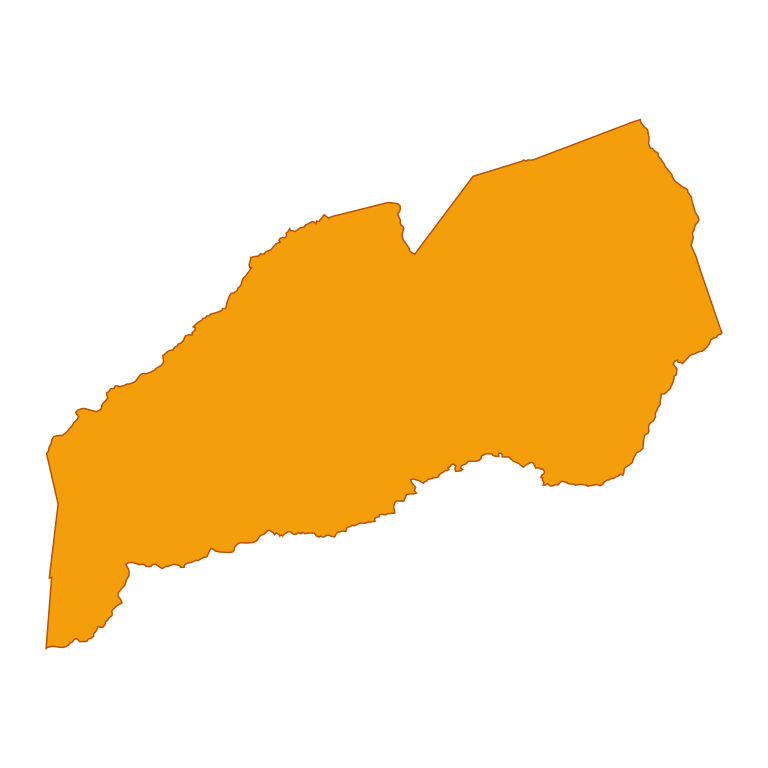 Fernando Falcão, Maranhão, Brazil
{"feature_id": "56859067B71869987611972", "entity_name": "Fernando Falcão", "entity_type": "district", "adm_level": 2, "iso_a3": "BRA", "parent_name": "Brazil", "parent_adm1": "Maranhão", "projection": "orthographic", "projection_center": [-45.34, -6.195], "detail": "fine", "context": "isolated", "style": "filled", "palette": "amber", "viewbox_px": 768, "rotation_deg": 0, "n_neighbors": 0, "source": "geoboundaries", "source_scale": "gbopen_adm2", "svg_char_len": 6088}
<svg xmlns="http://www.w3.org/2000/svg" viewBox="0 0 768 768"><path d="M388.2,202.5L331.7,216.6L328.6,218.2L324.1,214.7L319.2,221.2L316.5,221.2L316.1,223.6L314.5,222.3L312.1,221.6L308.6,223.6L305.5,225.0L304.3,226.9L299.7,228.1L295.1,231.4L292.7,230.7L290.6,230.8L289.7,228.7L287.7,232.0L286.1,233.1L286.5,236.1L284.7,238.1L282.7,237.4L279.9,238.6L279.0,240.2L280.2,242.3L276.0,243.9L270.6,250.0L266.0,251.5L264.0,254.3L260.6,253.8L258.3,256.2L254.9,256.5L250.8,257.4L250.4,260.4L249.1,264.7L249.6,267.1L251.6,267.6L245.5,276.2L243.6,277.7L242.0,280.5L241.4,283.6L240.5,285.8L238.1,288.1L237.0,290.3L234.3,292.8L231.2,293.3L230.1,294.9L228.5,298.2L226.3,304.9L226.4,306.9L225.3,308.6L222.6,308.6L221.8,310.5L215.6,312.9L210.7,314.0L209.4,315.6L206.9,315.9L205.2,318.0L203.0,318.5L201.6,320.4L198.7,321.9L196.1,324.0L193.2,326.8L195.4,327.8L194.7,330.7L192.4,332.2L192.0,335.0L189.1,334.8L185.5,335.8L183.4,340.4L180.7,343.2L178.1,344.1L177.4,346.0L174.7,347.1L172.9,350.0L169.9,350.4L167.1,351.8L165.2,353.9L162.8,355.5L163.5,360.9L163.1,362.9L161.4,365.2L156.0,368.4L154.6,370.1L152.6,371.2L146.2,373.8L143.3,373.6L140.5,374.4L135.7,381.0L133.4,382.6L128.9,384.1L126.9,384.1L123.9,385.7L121.9,386.0L119.7,386.9L117.5,385.8L115.5,385.9L113.9,388.4L110.3,389.0L109.0,391.4L106.6,392.9L106.8,395.4L107.7,397.7L106.3,399.9L102.6,403.7L101.8,405.6L101.2,408.9L96.5,411.7L83.9,408.4L81.3,408.8L78.2,410.0L75.6,412.5L78.5,416.6L77.3,419.3L73.7,422.8L72.2,425.9L70.4,427.5L66.7,432.0L62.4,435.5L59.8,435.4L56.2,435.9L53.7,436.8L51.8,439.6L51.3,442.9L48.9,448.0L48.6,450.8L46.6,453.7L58.1,504.1L49.3,578.1L51.6,577.4L46.1,648.4L47.6,647.3L52.5,646.2L61.1,647.4L63.1,647.4L65.9,646.6L68.7,644.8L70.1,642.9L72.1,642.2L74.3,639.4L77.0,638.7L79.6,641.6L85.6,641.5L87.4,640.9L88.3,638.9L91.4,638.1L93.6,636.3L93.6,633.7L95.3,632.0L96.9,629.6L98.1,626.8L102.5,627.5L105.0,624.8L105.6,621.6L107.6,620.3L108.5,618.5L111.7,615.9L112.3,614.1L111.8,610.9L116.2,606.2L122.1,602.8L120.5,599.4L117.9,595.7L118.4,592.8L120.8,589.5L124.7,585.4L125.7,583.0L126.0,580.6L128.8,576.1L129.2,573.6L128.7,570.4L128.2,568.6L125.7,564.4L128.5,562.7L132.3,562.4L139.4,564.7L141.4,564.3L144.2,564.5L145.9,566.4L149.0,566.6L151.2,566.2L153.1,564.3L155.3,564.0L162.0,568.5L164.1,567.6L165.6,566.4L168.0,566.4L173.5,564.2L177.3,564.8L179.6,565.6L180.5,567.3L184.1,567.3L184.8,564.6L187.4,563.1L190.8,562.6L196.2,560.2L198.1,560.5L203.6,557.4L207.0,556.7L209.8,550.2L210.9,548.4L213.2,549.1L215.2,551.0L219.9,552.0L229.4,552.5L232.1,552.1L234.0,550.3L234.7,547.6L236.5,545.1L238.3,543.5L240.7,542.7L246.0,543.0L251.4,542.7L254.2,542.1L256.8,540.8L260.2,535.6L264.7,533.9L266.8,531.5L269.1,530.1L273.4,532.8L274.6,534.7L276.4,532.8L278.9,534.3L279.8,536.1L281.2,534.9L282.7,536.1L284.2,534.2L288.2,531.8L290.9,531.9L293.0,534.0L295.6,534.5L298.6,532.6L301.3,533.8L302.8,532.4L305.0,533.7L308.3,533.1L314.1,533.0L316.3,535.8L318.8,537.1L320.7,536.0L322.6,536.9L324.7,536.8L326.3,535.4L329.0,535.3L331.4,536.3L334.5,537.0L336.3,533.8L338.0,532.1L340.1,531.9L342.0,530.9L345.6,531.6L347.0,527.5L350.6,526.4L352.4,525.1L354.5,525.8L360.3,522.9L364.0,523.3L366.4,522.8L368.3,522.0L370.2,522.2L372.1,521.6L375.0,521.3L374.7,518.4L376.7,517.3L379.1,516.7L379.1,514.7L381.3,514.3L385.4,514.9L387.5,513.8L394.9,513.0L393.6,507.1L394.9,502.4L397.0,500.9L403.8,501.2L405.6,496.5L406.7,494.6L410.2,493.8L413.8,493.9L416.4,493.1L414.3,490.4L415.7,487.4L411.6,482.4L410.4,479.8L413.2,479.0L419.0,480.6L423.3,483.3L424.9,481.6L426.9,480.8L428.1,479.3L431.7,478.6L433.6,477.7L436.2,477.7L438.6,476.7L439.3,474.7L441.2,473.2L443.1,472.3L444.7,470.8L447.3,470.6L448.9,469.6L448.0,467.5L450.5,466.3L451.2,464.5L453.6,464.0L455.9,465.9L455.0,468.2L455.5,471.3L461.0,470.8L462.6,469.4L460.5,468.1L461.3,465.7L466.5,463.6L467.9,461.5L470.4,461.2L475.4,461.3L479.1,460.5L481.3,458.3L481.2,456.2L483.5,455.2L485.2,453.8L491.7,453.9L492.9,455.4L494.8,456.1L498.7,456.6L498.6,453.3L500.9,453.2L502.4,454.6L502.1,456.8L504.5,457.1L508.3,456.7L513.4,461.2L518.9,463.5L520.8,465.4L523.5,467.1L525.6,465.1L531.2,462.3L533.4,462.9L535.7,468.1L538.3,467.8L540.3,469.0L543.0,469.2L544.4,471.5L543.9,473.7L541.9,475.1L540.8,477.6L542.6,478.0L542.3,480.2L544.0,482.4L543.2,485.1L545.5,485.0L547.8,483.7L550.2,485.9L553.0,485.9L555.1,484.7L558.1,484.8L561.1,481.5L563.6,481.4L569.0,483.9L573.8,484.1L575.4,485.2L578.5,484.5L580.9,484.4L585.6,485.0L587.8,486.2L596.6,484.5L600.3,485.7L602.8,484.3L604.2,482.2L607.0,480.1L609.1,479.9L611.1,478.6L613.7,478.4L615.7,476.9L617.9,476.3L620.1,474.3L622.9,475.2L623.8,472.6L624.2,468.9L625.4,467.3L628.5,465.5L632.4,462.4L633.0,459.6L636.3,453.0L640.7,450.7L643.0,448.2L643.1,444.7L644.0,438.1L644.7,435.5L646.2,434.2L648.0,433.3L648.8,431.6L648.6,425.7L649.8,423.6L653.5,420.6L655.5,416.9L655.3,413.3L657.0,410.2L658.2,407.1L660.1,404.8L660.1,400.9L660.8,398.3L661.3,393.9L664.5,393.9L666.7,392.1L670.0,388.7L672.1,384.4L673.1,382.0L673.8,379.1L674.0,376.4L676.4,374.8L676.9,368.9L673.2,363.8L674.7,361.4L677.5,360.0L678.1,362.5L680.2,362.2L682.5,363.6L688.1,357.7L689.5,355.7L692.7,354.2L694.7,353.8L699.2,351.6L701.9,351.4L704.6,349.4L707.3,346.7L709.2,344.1L710.6,340.1L712.8,338.4L716.1,337.5L718.0,334.9L720.2,334.2L721.9,333.2L700.2,269.8L695.9,256.1L691.1,245.5L693.3,237.8L692.7,235.4L692.5,232.7L694.2,229.9L694.6,227.0L695.6,224.7L697.9,222.0L699.0,219.7L698.0,216.5L696.2,213.9L695.0,211.5L691.6,199.3L691.5,197.1L687.8,192.3L687.7,190.0L686.1,188.6L682.8,187.0L675.2,181.4L673.0,178.2L671.7,174.3L664.9,166.1L663.9,163.4L662.0,161.4L661.0,158.9L659.5,157.8L658.2,155.4L658.0,153.0L653.8,150.5L652.5,148.6L650.1,147.8L648.6,143.7L649.0,139.2L648.9,136.6L648.2,133.9L647.7,130.1L646.4,128.4L644.6,127.2L640.9,122.6L640.3,119.6L634.1,121.5L532.8,160.0L527.6,160.0L526.2,161.3L524.0,160.0L522.1,161.2L473.1,176.3L414.7,254.2L412.0,253.0L410.0,251.1L408.8,247.9L406.0,243.6L403.4,240.2L402.4,237.3L402.3,233.8L403.7,228.4L403.0,226.7L401.2,225.4L400.2,222.9L400.4,220.1L397.6,214.0L399.5,211.6L400.4,208.9L400.1,205.9L397.8,203.9L395.9,203.4L388.2,202.5Z" fill="#f59e0b" stroke="#b45309" stroke-width="1.5"/></svg>